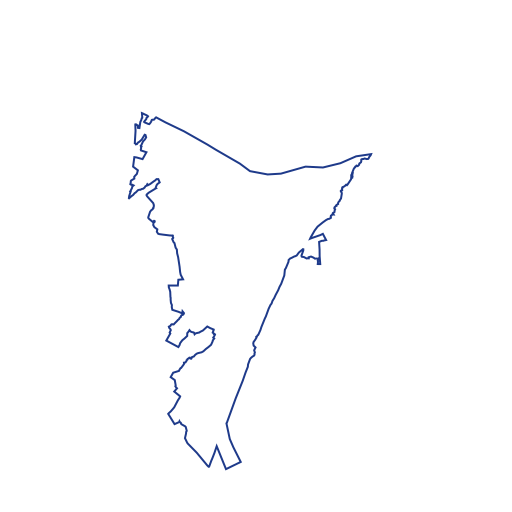 the district of Pomarla, Botosani, Romania, rotated 64°
{"feature_id": "2599482B28021432956179", "entity_name": "Pomarla", "entity_type": "district", "adm_level": 2, "iso_a3": "ROU", "parent_name": "Romania", "parent_adm1": "Botosani", "projection": "mercator", "projection_center": [26.307, 48.065], "detail": "fine", "context": "isolated", "style": "outline", "palette": "blue", "viewbox_px": 512, "rotation_deg": 64, "n_neighbors": 0, "source": "geoboundaries", "source_scale": "gbopen_adm2", "svg_char_len": 6093}
<svg xmlns="http://www.w3.org/2000/svg" viewBox="0 0 512 512"><g transform="rotate(64 256 256)"><path d="M424.7,390.4L420.2,385.7L419.4,384.7L414.9,379.8L409.7,374.7L434.4,376.4L434.4,360.0L418.1,360.2L409.0,359.8L393.4,355.9L393.2,355.4L375.0,336.6L362.3,322.6L356.0,316.3L352.0,311.9L350.0,310.7L345.9,306.4L345.3,305.0L344.8,302.9L344.8,302.2L344.7,301.5L344.1,300.6L343.1,300.2L342.2,299.3L340.0,299.0L339.6,298.6L338.0,296.5L335.5,297.4L333.4,296.8L332.3,296.0L330.9,293.4L329.6,291.4L328.8,291.3L328.7,291.0L328.8,290.6L327.9,289.2L327.9,288.6L324.5,284.5L322.2,282.3L316.0,275.4L314.7,273.7L308.9,267.7L306.3,264.4L305.6,262.9L303.5,260.8L301.9,258.2L299.6,255.4L296.5,251.1L294.0,248.3L292.1,245.6L285.9,239.1L280.9,236.0L280.0,234.5L275.5,229.4L273.9,228.4L273.2,226.4L273.3,224.9L273.2,221.6L273.4,220.9L273.4,219.2L271.7,216.0L270.4,210.8L270.7,210.5L271.8,211.1L275.5,214.9L275.9,215.1L276.6,215.2L276.9,215.0L277.8,213.5L280.4,211.6L280.7,210.6L281.2,209.6L280.2,209.2L280.6,206.8L282.7,205.0L284.2,204.2L284.7,202.9L285.3,202.0L285.7,201.7L285.5,201.3L285.5,201.1L286.4,201.3L287.3,202.6L288.2,202.7L290.3,204.0L291.4,201.8L284.1,198.9L278.2,196.1L271.0,193.1L271.2,190.2L271.8,188.9L271.9,188.0L272.4,186.0L265.4,186.2L265.4,189.0L264.3,198.1L264.2,199.8L263.2,198.6L258.8,192.1L256.6,187.8L255.1,181.3L254.4,177.3L254.3,175.1L254.7,173.8L254.5,171.9L253.4,171.6L252.6,171.0L252.7,170.4L252.2,169.5L252.4,168.6L252.7,168.1L251.2,168.2L251.0,167.8L251.1,167.5L250.9,166.2L250.6,166.0L249.6,165.4L248.7,164.4L247.7,164.8L247.2,164.6L247.0,164.1L246.6,163.9L246.2,162.6L246.2,161.8L245.7,161.8L245.4,161.2L245.3,159.4L244.5,159.1L243.9,158.5L243.3,157.4L243.3,157.0L243.0,156.4L242.5,156.1L241.6,154.4L237.5,151.5L236.2,151.1L235.3,151.5L234.6,151.2L234.4,150.4L234.6,149.7L232.7,148.9L232.2,148.3L232.4,148.0L232.1,147.7L232.2,147.0L232.0,145.3L231.4,143.7L231.5,143.5L232.2,143.2L231.9,142.4L228.7,136.9L226.6,135.7L227.6,135.0L226.7,134.3L225.7,135.1L225.1,135.0L224.4,133.9L224.4,133.7L224.7,133.4L223.7,132.6L223.3,133.0L220.4,129.8L219.4,127.9L219.6,127.8L218.8,126.1L219.7,125.4L219.8,125.2L219.2,123.3L218.2,122.6L217.8,120.6L216.8,119.7L215.7,119.3L215.4,119.0L215.4,118.2L215.9,116.9L216.0,115.6L217.4,114.0L217.9,112.6L217.6,111.9L216.9,111.2L216.5,110.5L215.7,108.8L214.9,107.9L210.3,122.3L209.6,139.5L205.8,157.0L197.4,172.3L192.9,197.5L187.8,209.8L177.1,224.2L165.9,230.0L142.9,245.5L134.6,250.8L112.3,266.1L96.2,278.8L87.6,285.0L88.1,286.7L88.7,287.6L88.6,288.4L88.2,289.1L88.0,289.9L88.3,290.4L89.2,291.2L90.2,292.9L90.7,294.1L90.1,294.9L87.1,297.5L86.4,297.8L85.8,296.8L84.9,294.7L83.9,293.9L83.5,292.5L83.1,291.8L81.7,292.5L77.6,295.9L81.9,297.6L82.1,298.0L82.1,298.3L83.7,299.7L84.8,301.2L89.9,304.7L89.1,305.9L86.8,305.0L85.4,306.2L85.2,306.1L84.8,306.7L85.0,306.9L90.7,309.4L101.5,315.5L102.1,315.0L102.9,315.0L102.9,314.5L103.2,314.2L103.2,313.9L102.3,312.3L102.2,310.8L101.3,307.7L98.2,302.9L98.8,302.3L101.2,302.7L102.5,304.7L103.5,307.3L106.1,310.5L106.4,311.2L107.4,310.9L107.6,311.2L107.6,311.6L108.6,311.9L110.0,313.0L110.7,313.1L114.7,309.0L119.2,315.5L115.1,320.1L113.8,322.0L121.8,327.3L127.2,324.6L130.0,327.1L131.0,329.8L131.5,330.8L133.1,331.4L133.4,335.1L133.7,335.6L136.0,337.0L136.1,337.3L136.4,337.5L137.3,336.9L137.6,336.1L138.5,335.7L138.5,335.4L138.9,335.1L139.1,335.8L139.1,336.5L140.6,337.7L142.8,340.7L143.1,340.4L146.4,343.6L148.3,344.9L148.5,344.8L147.6,341.6L147.3,339.7L146.3,337.5L146.2,336.3L145.1,333.2L145.3,331.9L145.8,330.8L145.7,329.5L146.1,327.7L145.8,327.0L145.8,326.4L144.8,324.7L144.9,323.2L144.3,322.9L143.8,322.2L144.4,322.0L144.7,322.6L145.0,322.2L144.9,319.5L144.1,315.3L143.9,313.6L143.3,311.7L144.1,310.1L147.6,310.3L148.1,313.0L148.8,314.3L151.1,316.7L151.3,316.5L152.1,324.8L152.8,327.2L153.1,327.6L153.6,327.8L155.0,327.6L163.4,325.2L165.6,325.5L166.2,326.0L167.0,326.3L167.8,327.5L168.1,327.4L168.8,328.8L168.9,330.0L169.8,331.8L174.0,335.9L174.7,336.1L175.6,335.9L180.1,333.9L179.7,332.2L180.1,331.8L180.8,332.0L181.0,332.4L181.0,333.4L183.1,334.8L185.5,334.7L188.8,333.0L190.7,334.5L193.1,334.2L193.9,333.4L196.1,330.1L199.6,324.7L200.6,322.9L200.9,322.1L201.2,321.8L202.1,322.3L203.4,322.4L203.7,322.9L203.8,323.7L204.1,323.9L207.6,324.0L208.6,323.6L213.3,324.6L215.5,324.3L219.0,325.7L222.9,326.5L232.2,329.4L237.1,331.2L239.8,331.9L245.0,331.8L243.3,336.2L248.3,339.2L244.3,347.4L246.0,348.1L248.1,348.3L250.6,348.8L255.4,350.9L256.1,351.0L257.9,351.9L260.9,353.0L263.2,353.1L265.0,354.1L267.7,354.8L272.2,350.1L274.7,347.9L275.0,347.3L273.5,346.3L275.8,345.8L276.6,346.7L276.8,347.6L276.6,348.8L276.9,349.5L277.9,350.4L278.0,351.5L279.0,352.9L279.3,354.4L279.7,355.2L281.0,359.0L281.4,359.9L281.2,360.6L280.5,361.3L280.4,361.9L280.5,362.4L281.3,363.6L281.3,365.3L282.5,365.5L284.4,365.0L285.3,365.1L287.0,367.2L288.1,367.0L292.7,373.7L303.8,365.7L302.6,363.8L301.1,362.4L300.4,361.1L299.4,359.1L298.8,356.4L297.7,352.9L295.2,351.6L294.3,349.6L293.5,348.3L294.8,348.0L295.6,347.6L296.7,346.5L297.3,345.6L297.8,345.3L299.4,345.5L299.2,344.9L299.1,343.9L299.9,340.5L299.7,339.2L299.7,336.4L298.0,330.7L300.7,328.8L303.4,326.4L303.7,326.7L304.0,326.5L305.9,328.5L307.7,327.6L307.9,327.9L308.6,327.3L309.1,327.8L310.6,330.2L311.8,329.7L312.9,331.8L313.8,332.5L316.1,335.3L317.0,338.7L317.6,341.8L318.6,345.1L318.7,347.1L317.9,350.6L317.8,352.1L318.2,354.0L319.1,356.0L318.8,357.5L318.9,358.1L319.8,358.9L319.9,359.4L319.3,359.9L318.3,360.1L318.2,360.7L318.5,361.1L318.5,362.3L318.5,362.6L319.1,363.1L319.2,364.0L319.7,364.3L320.7,366.0L320.3,367.5L321.3,367.8L321.9,368.7L323.8,372.4L323.7,372.7L323.8,373.2L324.6,374.5L325.5,375.6L324.6,381.6L327.5,385.8L331.9,383.4L337.1,384.9L337.7,385.6L339.2,385.4L340.3,385.0L342.0,388.9L348.9,385.7L349.9,386.8L351.5,389.5L356.2,395.9L358.3,400.7L359.0,403.2L359.4,404.1L371.4,402.9L371.6,397.8L371.1,397.3L371.8,397.3L372.9,396.7L373.9,396.9L374.6,396.7L378.1,394.3L378.9,394.1L382.8,394.9L383.5,395.9L384.9,396.7L388.6,399.7L393.8,399.7L394.8,399.5L406.8,395.5L422.9,391.6L424.6,391.0L424.8,390.8L424.7,390.4Z" fill="none" stroke="#1e3a8a" stroke-width="2"/></g></svg>